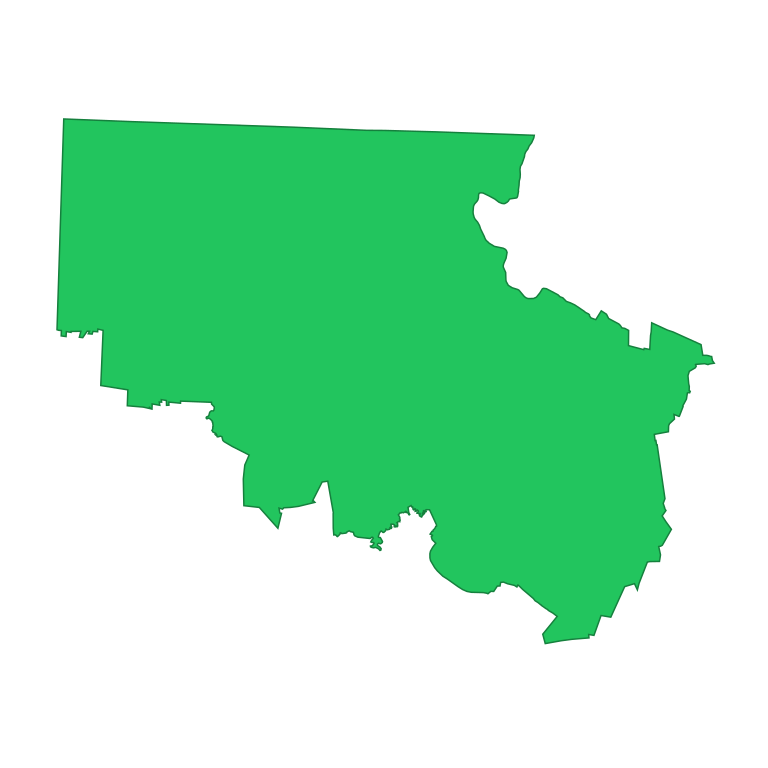 Tenosique, Tabasco, Mexico (Natural Earth projection), rotated 182°
{"feature_id": "50627088B14158734316570", "entity_name": "Tenosique", "entity_type": "district", "adm_level": 2, "iso_a3": "MEX", "parent_name": "Mexico", "parent_adm1": "Tabasco", "projection": "natural_earth1", "projection_center": [-91.353, 17.458], "detail": "fine", "context": "isolated", "style": "filled", "palette": "green", "viewbox_px": 768, "rotation_deg": 182, "n_neighbors": 0, "source": "geoboundaries", "source_scale": "gbopen_adm2", "svg_char_len": 6129}
<svg xmlns="http://www.w3.org/2000/svg" viewBox="0 0 768 768"><g transform="rotate(182 384 384)"><path d="M242.5,637.8L341.2,637.8L392.3,637.4L410.3,636.9L483.0,637.5L644.8,637.4L713.3,637.7L712.7,426.8L710.9,426.3L708.3,426.2L708.3,420.8L703.4,420.3L703.3,425.3L698.6,424.7L698.6,425.6L688.8,426.1L690.1,420.1L686.7,419.8L682.5,426.4L680.1,426.4L681.3,423.9L677.4,423.7L676.7,426.4L672.0,426.2L671.9,428.9L666.6,427.8L667.0,372.6L639.8,369.2L639.8,353.3L623.7,352.5L617.8,351.4L617.6,352.5L617.1,352.3L617.2,351.3L615.0,350.8L615.0,356.0L607.3,354.9L608.0,358.1L605.6,358.1L606.0,360.6L600.9,359.9L600.6,355.1L598.2,355.3L598.4,358.4L586.7,357.7L586.7,359.8L555.8,359.7L555.6,357.9L552.9,355.3L552.8,354.0L553.1,352.0L553.6,351.2L555.7,351.1L556.9,350.1L557.3,349.3L558.0,346.3L558.8,345.5L560.2,344.9L560.5,344.4L560.5,343.7L559.8,343.0L558.0,343.7L557.1,343.4L554.5,341.2L554.4,340.1L553.9,339.9L553.3,335.6L553.6,335.4L553.6,333.3L554.3,331.5L553.9,331.3L553.5,330.2L550.6,328.8L550.9,328.2L550.2,328.3L549.8,327.9L550.2,327.1L549.3,327.0L549.2,326.1L548.8,325.4L547.9,325.4L545.5,326.2L544.0,325.5L543.6,323.6L543.0,321.9L541.6,320.7L533.5,316.3L516.3,308.3L520.3,298.2L521.3,284.2L519.8,257.5L504.3,256.3L485.0,236.1L481.9,251.2L483.6,251.5L484.6,256.3L481.0,255.4L479.8,256.8L473.1,257.4L465.3,258.7L448.9,263.3L450.5,264.9L451.2,264.6L451.0,265.4L442.4,283.9L436.8,284.9L430.1,253.3L430.3,252.8L429.7,238.2L428.9,231.4L427.8,231.7L427.6,231.4L426.7,231.3L425.6,230.0L425.1,229.9L422.7,232.4L422.6,233.6L422.0,233.8L421.0,233.0L417.3,233.6L416.2,234.0L415.9,234.8L413.6,236.1L412.5,235.3L409.4,234.7L408.7,232.3L408.0,231.3L404.8,230.0L392.5,229.1L390.9,230.4L390.0,230.4L389.3,229.5L391.0,227.2L391.7,225.7L390.5,225.2L388.8,225.2L388.4,224.4L388.9,223.5L390.0,222.1L390.9,221.7L391.9,221.6L391.8,220.9L391.1,220.4L388.9,219.9L386.5,220.4L383.6,219.0L382.2,217.5L381.4,217.8L381.1,219.3L382.5,221.1L384.5,222.2L385.0,223.0L384.9,223.8L383.7,224.7L382.4,224.2L381.7,224.2L380.2,225.5L380.0,226.6L382.3,230.4L383.7,230.5L384.3,230.9L384.3,231.7L383.3,234.9L382.3,236.6L381.6,237.0L379.8,235.6L379.0,235.7L377.3,237.4L376.9,239.1L375.7,238.4L373.4,239.0L373.0,239.4L373.0,240.7L372.4,241.3L372.1,240.1L371.6,240.0L371.2,241.1L372.2,243.5L372.1,244.2L369.8,244.2L368.8,243.7L368.9,242.3L368.7,241.6L368.0,241.6L367.6,242.3L367.1,241.7L366.6,242.0L365.9,241.8L365.3,242.6L365.4,243.1L365.9,243.2L365.4,244.5L365.7,245.3L366.3,245.8L365.4,246.7L363.5,247.0L363.9,247.5L363.8,247.9L363.1,248.4L363.4,249.5L363.8,249.8L363.5,250.3L363.6,251.4L365.1,253.8L364.2,254.7L363.9,255.5L363.1,255.6L362.4,256.1L361.9,255.9L361.6,256.3L359.9,256.0L359.0,256.7L358.4,256.8L358.0,256.6L357.9,256.8L357.3,256.3L357.0,256.5L357.1,257.0L354.7,255.1L354.8,254.4L354.2,254.1L353.7,254.5L354.7,256.3L355.7,261.6L352.7,263.5L352.0,262.1L351.1,262.2L350.5,259.6L349.8,259.2L349.8,259.5L349.2,259.8L348.8,260.5L348.2,260.2L347.8,258.9L348.2,257.9L347.3,258.1L346.4,259.2L345.4,258.6L345.2,257.6L346.4,256.7L346.6,256.1L345.1,255.9L344.2,255.0L343.9,255.1L343.8,255.8L343.5,255.9L343.2,255.3L344.0,254.1L343.9,253.5L342.8,252.8L342.1,253.0L341.9,252.7L342.0,251.8L341.2,253.6L340.3,254.7L341.1,255.4L341.1,256.3L340.7,256.6L339.3,255.7L339.0,256.0L339.1,256.8L339.9,257.0L340.3,257.4L340.1,258.8L339.5,258.9L338.9,257.9L337.9,257.6L337.4,258.0L337.9,259.5L337.5,259.9L334.1,259.9L326.7,245.2L326.5,243.8L327.4,243.4L327.6,242.5L328.5,241.0L329.8,239.7L330.0,238.5L330.8,238.5L332.7,235.6L330.3,234.5L330.3,234.0L331.4,233.1L330.4,230.1L326.7,226.7L329.6,222.6L331.7,218.6L332.2,216.0L332.0,211.8L331.3,209.1L326.9,202.2L324.0,198.9L318.4,193.9L313.9,191.3L303.0,184.1L298.2,181.3L293.9,179.6L289.4,178.9L277.4,179.0L274.0,178.5L272.8,178.0L270.0,180.5L267.1,180.5L263.7,186.0L261.0,186.2L260.5,189.8L257.7,190.2L253.6,188.7L246.7,187.3L244.1,185.8L243.1,188.3L243.0,187.4L242.0,187.0L238.3,183.6L227.2,174.8L225.5,172.7L222.4,170.9L219.4,168.6L219.1,168.6L218.8,168.1L214.2,165.1L212.5,164.3L212.0,163.5L207.3,161.0L202.8,157.8L216.6,139.5L213.8,130.2L198.0,133.6L187.3,135.4L170.3,137.4L170.7,140.8L165.4,140.1L159.0,160.2L149.2,158.9L136.4,189.9L126.7,193.2L123.6,187.1L122.1,193.8L114.6,215.2L112.2,215.8L102.5,216.3L101.7,222.9L103.8,231.2L101.8,231.6L100.2,232.6L91.7,248.8L97.5,256.3L101.4,261.9L97.8,267.4L99.4,269.9L99.2,270.2L100.8,274.4L99.2,279.2L108.9,332.8L109.5,332.7L110.3,337.1L111.1,336.9L112.1,343.1L98.1,346.2L98.1,352.2L97.9,352.8L97.3,354.3L92.5,359.1L93.1,363.7L88.0,361.9L87.7,362.1L84.3,371.9L84.7,372.4L81.2,379.5L80.5,385.6L80.1,385.9L78.2,385.9L77.7,387.4L78.8,388.0L78.8,392.2L79.5,394.9L80.5,402.9L79.3,407.3L73.4,411.1L72.6,412.7L73.4,414.2L73.1,414.5L64.2,415.5L60.9,414.7L59.3,415.4L54.7,416.3L56.6,418.9L57.5,422.9L58.4,422.9L60.6,423.6L62.6,423.9L66.4,423.8L68.5,434.4L96.9,446.1L102.4,447.7L118.6,454.5L118.8,445.4L119.3,441.8L119.6,427.8L125.2,428.7L125.6,427.4L141.0,430.9L141.4,446.1L145.3,448.0L148.2,448.4L149.9,450.8L151.4,452.2L161.8,457.3L164.1,461.5L169.4,464.7L174.6,455.7L179.3,457.2L180.9,459.0L181.1,460.3L182.1,461.2L185.0,462.5L186.5,463.7L196.1,469.7L200.5,471.6L204.6,472.9L208.3,476.4L211.1,477.3L213.2,479.2L225.0,484.9L227.8,485.2L229.0,484.7L231.4,480.5L234.7,476.1L237.5,474.7L242.9,474.4L244.7,474.9L246.7,476.2L252.3,482.4L253.6,483.1L259.4,484.7L263.2,486.9L265.5,490.8L265.8,492.3L266.3,499.7L268.9,505.1L268.9,507.0L268.3,509.2L266.4,513.9L265.6,519.8L266.4,521.8L267.7,523.0L269.7,523.9L278.5,525.4L283.7,528.3L287.0,531.2L288.2,533.1L288.9,534.9L292.8,542.2L294.1,545.7L296.0,548.9L298.7,551.9L299.7,553.6L300.8,557.2L301.0,559.2L300.8,564.0L300.6,565.3L299.6,567.3L297.6,569.6L296.6,571.3L296.1,573.5L296.1,576.1L295.8,577.5L295.4,578.0L293.9,578.5L291.6,578.3L285.5,575.6L279.7,572.7L275.5,569.7L272.5,568.6L270.7,568.4L269.7,568.5L267.5,569.8L266.0,571.3L265.2,572.9L264.4,573.4L258.3,574.5L257.6,574.9L257.0,576.3L256.3,581.3L256.5,582.3L256.0,587.1L255.9,591.5L255.2,594.9L255.1,598.2L255.6,603.2L255.2,606.4L253.8,608.9L251.6,616.0L251.3,618.8L250.2,621.4L248.5,623.7L247.2,627.0L244.8,630.4L242.9,635.1L242.5,637.8Z" fill="#22c55e" stroke="#15803d" stroke-width="1.5"/></g></svg>